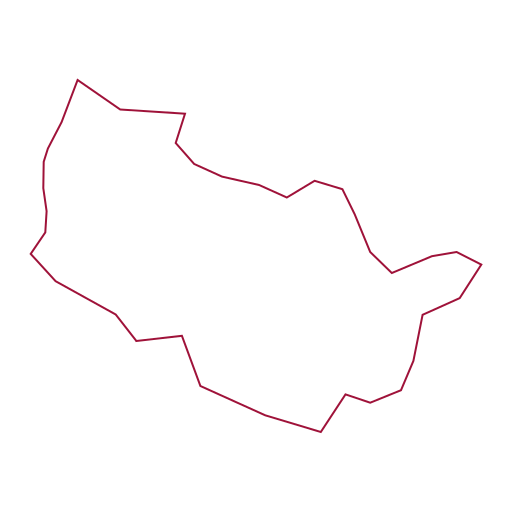 Dečani, Mercator projection
{"feature_id": "KOS-5889", "entity_name": "Dečani", "entity_type": "District", "adm_level": 1, "iso_a3": "XKX", "parent_name": "Kosovo", "parent_adm1": "", "projection": "mercator", "projection_center": [20.231, 42.545], "detail": "fine", "context": "isolated", "style": "outline", "palette": "rose", "viewbox_px": 512, "rotation_deg": 0, "n_neighbors": 0, "source": "natural_earth", "source_scale": "10m", "svg_char_len": 585}
<svg xmlns="http://www.w3.org/2000/svg" viewBox="0 0 512 512"><path d="M136.0,340.5L115.7,314.5L55.6,281.2L30.7,253.9L45.3,232.4L46.6,211.2L43.3,188.2L43.7,161.8L47.9,148.5L61.6,122.1L77.6,80.0L120.2,109.5L185.0,113.7L175.7,143.0L194.2,164.0L222.0,176.6L259.1,185.0L286.8,197.5L314.6,180.8L342.4,189.2L354.7,214.3L370.2,252.0L391.8,273.0L431.9,256.2L456.6,252.0L481.3,264.6L459.7,298.1L422.6,314.8L413.4,360.9L401.0,390.2L370.2,402.7L345.5,394.4L320.8,432.0L265.2,415.3L200.4,386.0L181.9,335.8L136.3,341.0L136.2,340.7L136.0,340.5Z" fill="none" stroke="#9f1239" stroke-width="2"/></svg>